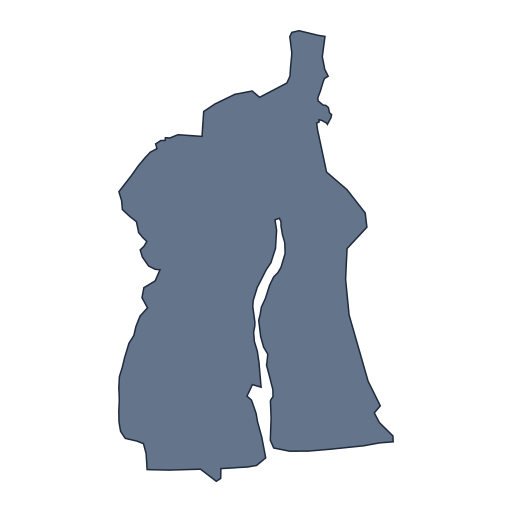 outline of Akuku Toru, Bayelsa, Nigeria
{"feature_id": "59680162B59329233871626", "entity_name": "Akuku Toru", "entity_type": "district", "adm_level": 2, "iso_a3": "NGA", "parent_name": "Nigeria", "parent_adm1": "Bayelsa", "projection": "natural_earth1", "projection_center": [6.683, 4.57], "detail": "fine", "context": "isolated", "style": "filled", "palette": "slate", "viewbox_px": 512, "rotation_deg": 0, "n_neighbors": 0, "source": "geoboundaries", "source_scale": "gbopen_adm2", "svg_char_len": 2371}
<svg xmlns="http://www.w3.org/2000/svg" viewBox="0 0 512 512"><path d="M331.0,117.6L331.6,114.6L329.5,112.8L328.4,107.6L325.8,105.4L323.1,105.1L319.2,101.8L318.1,100.9L317.8,98.0L317.8,97.9L320.5,90.7L320.8,89.7L321.7,86.6L323.0,82.4L323.5,80.9L324.5,78.5L328.2,76.2L325.9,71.6L325.6,70.9L324.7,69.6L324.4,67.4L322.3,56.7L325.0,36.4L324.4,36.3L318.0,35.3L299.1,30.7L291.8,32.4L289.8,36.6L291.3,48.8L291.8,52.8L291.6,56.3L290.5,67.6L290.0,76.1L286.9,83.0L259.6,97.3L252.2,91.0L234.9,94.3L214.9,104.0L203.7,111.5L202.0,136.4L178.0,134.7L169.8,138.0L165.4,137.7L165.1,140.5L160.9,140.5L155.6,143.9L157.0,148.6L150.4,152.1L145.1,157.7L138.4,165.7L131.6,175.3L118.9,191.7L121.6,200.7L122.4,209.6L129.6,216.3L136.4,221.7L138.7,232.7L143.2,238.0L146.8,241.4L144.2,246.0L140.2,249.9L142.4,257.1L148.6,266.0L155.2,269.3L160.0,269.8L155.2,280.8L149.9,284.1L143.9,287.6L142.0,297.7L147.5,307.9L144.2,311.5L140.1,316.0L138.0,321.2L135.8,326.9L133.9,335.4L128.9,343.4L127.2,349.2L124.5,358.0L122.3,367.3L119.4,376.6L118.8,388.3L119.1,393.7L119.3,400.5L118.9,408.8L118.8,410.7L119.0,421.7L119.5,425.1L120.6,431.4L122.9,434.9L125.3,438.4L137.0,441.1L143.5,443.7L146.1,453.5L146.3,456.5L147.1,469.6L168.7,470.1L200.5,469.2L216.3,481.3L220.7,478.4L220.9,468.6L234.8,467.8L236.5,467.6L247.7,467.0L252.2,466.2L256.5,465.5L265.7,457.9L261.8,437.3L257.5,421.6L256.2,413.8L254.3,408.1L251.5,400.2L247.0,396.1L252.4,384.6L261.1,387.2L259.0,362.7L257.3,351.1L254.4,341.6L253.6,332.5L254.8,326.1L254.9,322.1L252.8,306.7L253.2,300.6L257.2,287.5L266.3,269.6L270.9,262.8L275.5,248.4L276.6,230.1L275.0,219.8L279.4,218.3L281.0,221.8L281.0,226.0L282.5,234.9L284.8,242.8L285.1,253.6L281.0,267.3L278.0,272.5L273.6,277.0L269.5,285.5L265.5,298.2L261.4,307.1L260.0,315.2L258.7,320.3L260.7,336.7L263.6,347.1L267.8,354.2L266.9,362.9L266.5,365.0L269.6,376.8L272.9,389.8L273.0,396.6L270.8,399.9L270.4,401.2L270.5,403.2L271.1,418.3L270.3,440.2L273.7,448.0L289.6,451.2L308.2,451.1L330.5,449.2L363.6,445.8L379.5,442.9L393.2,441.8L392.9,435.9L379.4,422.6L374.3,412.9L380.3,405.8L368.1,381.2L349.1,315.0L345.6,279.4L346.4,261.8L347.1,248.5L366.9,227.2L365.2,213.0L352.1,196.2L347.1,189.8L326.5,172.0L326.3,170.9L318.8,135.6L317.7,130.7L316.6,123.1L319.1,122.0L319.1,121.5L318.9,120.5L319.0,119.7L322.2,120.6L323.6,121.4L326.5,123.0L327.4,124.4L331.0,117.6Z" fill="#64748b" stroke="#1e293b" stroke-width="1.5"/></svg>